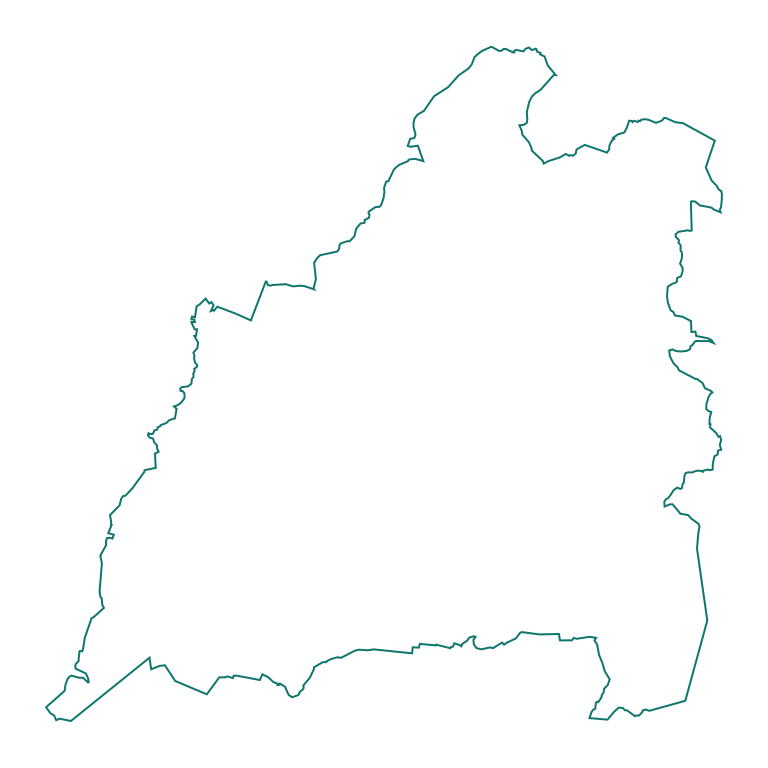 the district of San Diego de Alejandría, Jalisco, Mexico, rotated 180°
{"feature_id": "50627088B15513266665518", "entity_name": "San Diego de Alejandría", "entity_type": "district", "adm_level": 2, "iso_a3": "MEX", "parent_name": "Mexico", "parent_adm1": "Jalisco", "projection": "mercator", "projection_center": [-102.038, 20.956], "detail": "fine", "context": "isolated", "style": "outline", "palette": "teal", "viewbox_px": 768, "rotation_deg": 180, "n_neighbors": 0, "source": "geoboundaries", "source_scale": "gbopen_adm2", "svg_char_len": 5971}
<svg xmlns="http://www.w3.org/2000/svg" viewBox="0 0 768 768"><g transform="rotate(180 384 384)"><path d="M721.9,60.8L717.6,54.8L713.8,52.4L711.8,47.8L708.4,49.3L697.1,47.0L618.5,110.3L616.8,98.7L608.4,102.1L603.1,102.7L592.8,87.0L561.2,73.7L548.7,90.7L543.1,90.7L540.4,91.6L535.2,89.9L534.3,92.3L531.7,92.4L508.1,88.0L505.6,93.7L499.8,90.8L494.7,86.0L489.8,84.1L490.3,83.0L488.6,83.1L488.0,84.4L483.0,81.3L479.3,73.0L475.8,70.7L469.4,73.1L468.3,76.0L464.8,78.9L464.3,80.3L464.7,82.5L458.2,90.2L454.2,98.6L454.0,100.7L445.3,105.8L441.7,105.9L440.6,107.2L437.0,108.9L430.9,110.7L426.9,110.2L413.0,117.4L409.0,118.3L400.4,117.7L394.3,118.6L355.9,114.7L355.3,120.7L349.2,120.4L348.1,124.1L332.2,122.6L331.9,123.4L317.7,119.8L317.4,120.7L315.0,121.4L313.7,124.7L308.2,122.9L306.8,121.7L305.6,124.2L301.0,127.2L298.6,130.5L294.0,131.7L292.5,131.2L294.6,128.0L294.1,123.5L291.4,119.8L286.5,118.7L277.8,120.6L275.1,119.8L265.9,125.4L263.9,123.3L261.4,125.2L252.1,129.6L247.9,135.2L246.1,135.9L228.9,133.6L209.1,134.0L208.0,127.6L196.0,127.7L194.2,130.1L191.2,129.2L178.6,131.2L171.9,130.2L173.5,127.6L170.8,123.3L169.0,113.2L165.5,104.8L163.2,96.6L158.3,88.7L160.3,82.9L163.8,79.4L164.5,75.1L166.1,73.2L166.8,70.1L169.8,65.9L170.7,66.2L172.0,65.3L172.8,59.2L174.8,58.3L176.5,55.9L178.5,49.9L160.5,48.4L153.7,56.4L149.2,60.4L145.2,60.0L143.1,57.8L140.7,57.5L133.1,51.8L132.4,52.4L128.8,52.5L125.5,56.2L125.4,57.4L122.4,58.5L118.7,57.2L82.7,67.2L60.7,147.5L71.0,219.4L69.7,234.9L68.5,241.3L69.3,244.0L76.6,249.3L79.9,252.9L87.6,254.3L95.4,263.7L98.3,263.6L103.4,261.5L103.7,266.2L102.1,268.9L100.1,269.7L98.3,271.8L94.1,278.1L90.7,280.4L87.7,279.1L86.2,279.7L85.4,283.8L84.1,285.6L83.6,291.9L82.5,294.7L80.5,295.6L75.9,295.6L71.3,297.3L67.4,297.2L65.1,296.2L64.8,297.3L59.9,298.5L58.9,297.9L55.4,298.3L55.1,304.7L53.5,311.8L50.3,313.6L50.0,317.4L46.8,318.3L48.2,323.0L46.8,328.1L48.0,331.9L49.5,331.2L52.2,335.4L58.0,340.5L57.5,343.8L58.6,344.0L58.3,350.2L56.7,356.0L59.4,356.9L61.8,359.1L61.5,364.3L59.4,371.0L57.8,373.8L55.6,375.6L57.4,377.3L63.0,379.7L65.4,384.9L71.1,389.1L72.4,389.0L88.9,397.6L90.7,401.1L93.9,403.9L96.4,408.2L98.1,411.8L98.8,417.5L95.3,418.6L92.4,417.0L87.4,416.5L81.2,417.1L77.9,418.9L77.5,421.8L75.6,422.9L73.1,426.5L72.0,427.0L59.1,426.9L54.4,425.0L56.6,428.0L60.3,429.8L71.7,432.0L72.6,436.4L76.6,436.0L77.0,446.9L85.5,451.3L93.0,452.5L94.7,456.1L97.4,457.7L100.1,465.4L101.0,471.6L100.3,481.2L96.2,484.0L92.0,485.5L91.2,486.5L90.8,490.1L87.1,491.5L85.4,496.4L85.4,500.0L87.9,504.4L86.0,510.1L86.1,515.6L87.5,517.5L87.3,522.7L89.5,525.2L89.0,527.8L92.3,531.3L92.4,533.7L89.6,536.2L80.1,537.7L78.2,537.1L76.3,537.5L77.1,566.2L76.3,566.8L72.8,566.4L68.1,562.6L56.5,560.4L54.5,558.6L47.4,555.7L48.3,558.2L47.0,560.7L46.2,568.2L46.1,573.8L46.7,576.9L49.1,578.3L51.3,582.2L56.4,587.5L62.2,600.6L53.2,627.4L85.0,644.8L92.8,645.8L101.9,649.9L103.8,650.1L105.9,647.5L111.2,645.4L112.9,645.4L119.1,648.1L123.2,648.8L126.7,648.3L128.0,646.8L129.4,647.4L130.3,646.0L133.7,647.2L135.5,645.9L136.0,647.0L138.8,647.3L141.3,639.9L143.7,635.5L150.1,633.6L155.1,630.1L153.8,629.1L155.7,627.9L157.2,625.4L158.5,622.6L158.9,618.4L161.0,615.4L183.2,623.1L191.4,618.6L192.3,614.5L194.6,612.4L198.4,612.8L198.8,612.2L202.3,614.0L208.3,610.5L219.3,607.0L224.3,604.4L225.3,607.2L236.0,617.2L236.6,620.2L239.1,625.8L245.7,633.4L246.2,637.0L248.6,642.7L243.8,643.3L241.2,645.2L240.7,648.6L241.2,656.0L238.8,666.0L236.0,671.6L232.8,674.7L227.3,678.3L214.2,693.1L212.3,692.9L220.3,702.6L223.5,711.6L227.9,713.6L227.5,715.2L230.4,716.0L231.4,717.2L231.3,718.6L232.4,719.3L236.1,717.9L238.9,720.4L242.4,719.3L244.6,716.6L251.8,718.1L253.7,717.3L253.6,715.9L254.6,715.4L262.3,719.1L264.4,719.0L266.3,717.4L268.8,717.0L276.0,721.0L277.2,721.0L285.7,717.2L290.0,714.1L293.5,710.9L296.1,703.9L299.3,699.7L309.4,692.6L319.9,680.8L333.9,671.8L344.1,657.1L350.7,653.2L353.4,649.4L354.5,645.2L354.4,640.3L352.6,634.5L352.7,632.5L353.8,629.9L357.7,629.3L360.3,622.1L357.5,621.2L350.1,622.3L344.7,606.9L352.9,609.2L358.2,608.6L359.5,608.2L360.1,606.8L368.7,603.2L372.1,600.5L374.3,598.1L379.6,586.8L381.8,586.4L383.9,580.1L383.6,575.8L384.5,569.7L386.9,562.8L388.5,561.2L392.6,560.9L399.3,556.3L399.5,555.2L398.4,552.8L399.2,550.1L403.2,548.1L403.5,545.2L407.5,544.5L411.9,539.2L413.5,531.9L418.4,526.7L420.8,526.8L427.5,524.4L428.6,522.7L428.8,519.2L430.7,516.5L447.8,512.8L450.6,510.2L453.9,505.2L452.1,489.0L454.5,479.4L454.0,478.7L463.7,481.9L467.6,482.3L474.9,481.6L482.3,483.8L495.4,483.0L497.8,482.3L500.0,482.9L501.5,486.3L502.2,486.5L517.1,447.6L533.4,454.8L550.7,461.3L553.6,457.7L553.7,458.2L557.1,457.0L554.4,462.6L556.6,465.9L558.8,464.5L562.4,469.4L568.0,463.9L571.4,461.7L573.0,450.9L576.1,451.4L576.5,448.8L577.5,448.7L573.7,448.5L573.1,445.9L576.5,446.0L576.4,445.1L573.3,438.7L570.9,438.7L572.1,432.0L573.6,432.0L569.9,425.2L570.7,419.8L574.6,415.5L573.5,412.2L573.9,409.6L573.1,405.7L571.0,403.1L570.9,401.4L573.8,399.0L573.4,396.7L574.8,394.3L574.3,391.6L576.2,388.8L576.6,384.3L580.0,381.6L586.4,380.8L587.8,379.1L587.4,377.1L585.5,377.0L583.6,374.8L583.4,370.0L586.8,365.4L590.4,362.8L594.0,361.6L591.4,359.2L593.1,349.6L598.5,348.0L601.8,344.9L607.3,342.9L608.3,341.4L610.3,340.7L610.7,338.5L613.5,337.6L615.1,334.2L618.4,333.9L619.4,334.8L620.1,332.9L618.5,330.5L614.9,329.3L613.9,325.9L611.1,322.7L610.9,319.4L609.4,316.2L613.0,314.4L612.3,300.1L623.4,297.8L623.7,296.1L635.4,280.0L642.4,272.4L645.1,271.8L646.8,269.2L648.4,262.7L658.0,252.9L656.8,245.8L657.1,243.2L656.4,243.1L659.7,234.8L654.2,233.3L655.6,229.4L658.1,230.2L661.0,229.9L662.1,226.5L661.8,223.0L667.7,212.3L666.1,204.7L668.4,176.7L667.5,170.8L666.3,169.8L665.7,163.1L664.1,160.1L674.8,150.5L676.4,149.9L683.2,130.2L685.1,118.3L685.9,116.7L688.2,116.9L688.6,116.2L689.6,106.5L691.9,104.5L692.8,101.9L692.4,99.4L682.1,94.5L680.0,89.8L679.3,85.9L680.0,85.5L685.0,90.3L688.7,90.2L696.6,92.4L698.7,91.2L700.6,88.6L702.5,83.3L703.4,77.1L721.9,60.8Z" fill="none" stroke="#0f766e" stroke-width="2"/></g></svg>